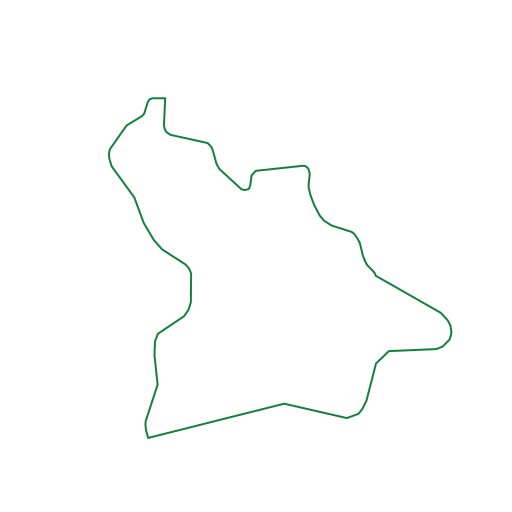 SVG path tracing the border of Lewisham, rotated 341°
{"feature_id": "GBR-2769", "entity_name": "Lewisham", "entity_type": "London Borough", "adm_level": 1, "iso_a3": "GBR", "parent_name": "United Kingdom", "parent_adm1": "", "projection": "mercator", "projection_center": [-0.009, 51.45], "detail": "fine", "context": "isolated", "style": "outline", "palette": "green", "viewbox_px": 512, "rotation_deg": 341, "n_neighbors": 0, "source": "natural_earth", "source_scale": "10m", "svg_char_len": 1234}
<svg xmlns="http://www.w3.org/2000/svg" viewBox="0 0 512 512"><g transform="rotate(341 256 256)"><path d="M209.7,73.2L221.5,77.3L211.5,102.5L211.1,105.3L211.2,107.7L211.7,109.9L214.7,113.7L247.1,133.5L249.0,137.6L249.6,140.7L248.7,155.3L248.8,157.4L249.9,162.2L264.0,188.2L266.7,189.9L270.3,190.4L271.6,189.7L273.6,187.3L278.1,178.3L283.5,175.4L330.3,186.1L331.8,187.0L332.8,188.2L333.9,190.4L333.7,195.1L333.1,197.0L329.2,205.1L328.1,208.5L327.3,215.8L327.6,226.8L329.4,238.4L331.9,244.9L337.5,251.9L354.4,264.5L356.0,266.9L357.7,272.8L358.4,277.6L357.2,289.9L357.5,297.2L358.2,300.8L361.7,308.2L362.6,310.7L362.8,312.6L362.8,313.7L412.3,370.0L416.3,379.3L416.9,382.4L417.1,385.7L415.9,391.8L414.4,394.5L411.7,398.1L402.9,402.4L396.1,402.7L350.7,389.2L334.5,396.7L313.3,428.8L306.6,435.4L301.5,438.6L289.1,438.8L234.5,404.8L94.9,392.9L95.2,385.3L96.6,379.3L97.9,376.3L121.1,345.6L127.7,316.7L132.8,303.7L137.9,297.6L168.4,289.5L174.6,284.9L179.3,278.6L188.9,251.6L188.8,247.5L188.2,244.9L186.8,241.3L169.4,219.3L164.5,207.3L160.6,188.2L160.0,161.0L148.7,124.1L149.0,116.6L149.7,113.0L151.0,110.1L152.7,107.4L176.2,90.4L194.2,86.5L196.6,85.0L203.9,75.1L206.5,73.2L209.7,73.2Z" fill="none" stroke="#15803d" stroke-width="2"/></g></svg>